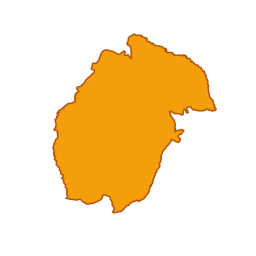 Kazumba, Kasaï-Occidental, Democratic Republic of the Congo (Albers equal-area conic projection), rotated 207°
{"feature_id": "63176286B97272919542005", "entity_name": "Kazumba", "entity_type": "district", "adm_level": 2, "iso_a3": "COD", "parent_name": "Democratic Republic of the Congo", "parent_adm1": "Kasaï-Occidental", "projection": "albers", "projection_center": [21.968, -6.401], "detail": "fine", "context": "isolated", "style": "filled", "palette": "amber", "viewbox_px": 256, "rotation_deg": 207, "n_neighbors": 0, "source": "geoboundaries", "source_scale": "gbopen_adm2", "svg_char_len": 5800}
<svg xmlns="http://www.w3.org/2000/svg" viewBox="0 0 256 256"><g transform="rotate(207 128 128)"><path d="M129.7,41.7L125.5,44.7L123.4,46.7L119.7,51.8L119.2,53.7L119.7,55.5L119.5,56.7L119.7,57.5L117.6,58.0L113.5,58.3L112.4,58.1L111.2,56.4L108.3,54.6L107.8,53.3L107.4,53.0L106.8,51.7L104.8,51.0L103.9,50.2L103.3,48.8L103.7,47.2L103.2,46.9L103.1,45.9L102.2,46.0L101.4,46.5L99.0,48.5L98.4,49.4L96.3,50.3L95.3,52.7L93.9,57.8L93.4,58.6L92.1,59.8L91.9,62.2L91.1,62.9L89.9,64.9L88.5,65.9L87.4,67.6L86.4,67.8L85.9,67.3L85.5,67.3L85.2,68.2L83.9,68.9L83.2,70.5L82.4,71.3L81.9,72.6L81.4,73.0L81.3,75.9L80.2,80.2L80.9,81.5L80.8,82.2L81.5,84.7L81.4,85.5L81.7,86.1L81.0,86.8L81.1,87.1L81.7,87.1L82.0,87.4L80.9,89.6L81.5,90.7L82.2,93.9L82.5,98.9L83.3,100.2L82.3,101.4L82.4,101.9L83.0,102.4L83.3,103.7L82.7,105.1L82.2,108.0L82.3,108.6L83.2,109.3L83.1,110.0L83.9,110.4L84.1,111.0L83.6,112.8L84.2,113.6L84.1,114.9L84.8,115.8L84.7,116.2L85.4,116.7L85.5,117.7L85.9,118.1L86.1,120.0L85.9,120.5L86.4,122.3L86.2,124.4L85.7,126.4L85.8,126.7L85.2,127.2L85.5,128.6L85.1,129.2L85.2,129.7L84.5,130.6L84.7,131.2L84.1,132.7L84.2,133.5L83.7,134.4L83.8,135.1L83.7,135.8L84.4,137.3L81.6,137.8L78.8,137.6L77.7,137.8L76.4,138.3L76.0,139.0L76.1,141.5L76.7,142.3L79.5,143.2L79.7,144.4L79.5,145.1L78.0,146.5L77.6,147.2L77.7,148.5L77.5,149.4L77.0,150.1L77.1,150.9L78.0,151.2L80.1,150.7L81.8,148.9L83.6,147.5L84.1,146.9L84.2,146.4L84.8,146.0L85.1,147.4L85.0,148.0L85.5,148.3L85.4,148.9L86.3,149.7L86.9,150.5L87.3,152.5L88.2,153.6L89.2,154.1L89.6,155.1L90.6,156.0L93.1,156.9L94.0,157.8L95.6,158.2L96.8,160.2L97.2,160.3L97.6,161.1L98.3,161.4L98.1,161.8L97.2,162.4L92.6,162.1L89.7,163.7L87.3,164.2L85.9,164.0L85.4,164.3L85.2,165.6L85.6,166.9L86.4,168.2L86.5,169.1L86.3,170.3L86.0,170.6L82.8,168.3L81.6,168.5L81.4,169.1L82.2,170.1L83.7,171.1L84.3,171.9L84.5,172.9L84.2,173.8L83.6,174.5L81.4,175.3L80.4,174.4L78.7,173.8L77.5,174.0L76.8,174.6L76.0,174.6L73.7,175.1L68.9,177.4L68.3,178.2L67.3,178.7L66.6,180.3L66.2,180.7L65.5,180.9L64.3,180.5L63.5,181.3L61.2,181.1L60.7,181.3L60.0,182.3L59.3,182.4L58.3,183.3L58.0,184.6L58.6,185.2L60.0,185.0L60.3,186.6L61.5,187.8L61.9,188.1L62.7,188.0L62.9,188.5L63.6,189.1L64.4,190.7L65.2,191.2L69.3,192.6L70.3,194.3L71.8,195.5L72.4,196.8L73.4,197.8L73.6,198.4L75.0,200.2L75.1,201.3L75.6,202.2L76.2,203.0L76.5,203.0L76.9,203.3L77.4,204.0L77.9,205.7L79.1,206.6L80.0,207.7L82.5,209.6L82.4,210.5L83.5,210.9L84.0,211.4L85.1,211.9L85.7,213.2L86.5,212.6L87.2,212.6L87.8,213.2L90.7,215.0L92.3,214.5L93.1,214.8L93.9,215.5L94.5,215.3L95.2,215.5L95.7,215.1L98.4,215.3L99.1,215.6L99.1,216.1L101.1,216.3L101.6,215.5L102.2,215.7L102.5,216.6L103.8,217.7L104.4,217.8L105.1,217.7L106.2,216.9L106.7,217.3L107.5,217.0L108.0,218.0L108.6,217.5L109.0,218.7L109.4,218.8L109.8,218.3L110.7,218.6L111.0,217.9L111.6,217.8L112.0,218.1L112.3,217.8L112.4,216.8L114.2,216.9L114.9,216.1L116.4,215.9L117.2,215.0L118.8,214.1L119.7,214.4L120.4,214.1L120.9,214.2L121.7,215.0L123.0,215.2L125.9,213.8L126.6,213.2L127.1,213.6L127.4,213.6L128.8,212.9L129.4,213.3L128.9,214.8L129.1,215.3L129.7,215.3L129.9,214.7L130.3,214.5L130.1,215.4L130.2,215.8L130.5,216.0L131.5,215.4L132.8,215.4L133.6,215.8L135.4,215.8L136.6,215.3L137.6,215.2L139.4,214.3L140.1,214.4L141.4,213.8L141.9,214.1L143.2,213.8L143.7,214.8L144.2,214.9L144.5,214.8L144.7,214.1L145.6,213.7L146.2,214.3L148.0,214.7L148.8,214.2L149.1,214.4L149.6,214.1L150.8,214.1L151.2,214.3L151.5,215.6L151.4,216.0L152.6,216.7L153.1,216.0L154.6,216.1L155.5,215.6L156.1,215.7L156.8,216.3L157.1,216.3L157.5,215.6L158.6,216.4L160.3,215.8L160.7,215.3L163.0,214.4L165.2,214.4L165.6,213.7L165.9,213.6L166.3,212.6L167.9,210.5L168.5,208.3L167.4,205.7L167.1,202.6L166.5,201.9L164.9,202.2L164.1,201.8L163.2,201.9L162.3,200.9L161.5,200.5L160.8,198.6L159.7,197.4L159.1,196.5L158.8,195.1L157.2,193.0L157.3,192.6L156.9,191.3L158.1,191.4L158.9,192.2L160.9,193.1L161.7,193.0L162.6,191.6L164.0,191.4L164.5,191.8L164.6,193.9L165.9,194.9L166.5,194.8L168.9,190.1L169.5,189.4L170.1,189.1L175.7,189.5L178.8,188.6L180.7,188.4L183.3,187.4L185.0,185.7L185.8,182.8L185.2,177.7L184.7,175.5L185.5,171.8L186.7,170.5L188.6,169.9L188.7,168.5L187.8,166.7L187.9,164.4L186.8,163.7L184.2,164.1L183.7,163.6L183.4,162.0L184.5,159.8L185.0,157.5L185.4,156.4L186.0,155.6L187.3,151.5L187.7,146.9L188.8,145.4L188.4,144.2L191.9,141.1L191.5,139.6L190.7,139.5L190.1,139.2L189.8,138.7L188.5,138.3L188.9,137.1L189.9,135.9L190.4,134.4L190.1,133.9L189.4,133.6L189.7,133.0L189.6,131.6L188.0,130.3L188.6,129.5L188.4,129.2L186.9,127.8L187.2,127.1L188.6,125.9L188.7,125.1L189.1,124.6L190.5,124.0L191.1,123.3L192.6,122.5L193.1,120.8L194.6,118.1L194.7,117.5L194.4,116.7L195.2,116.4L195.5,115.5L195.3,114.9L197.0,112.9L197.7,111.8L196.5,110.8L197.3,109.5L197.7,110.0L198.0,108.7L197.6,108.5L197.3,108.7L196.0,108.1L196.8,105.8L196.0,105.5L195.9,105.2L196.3,103.2L196.8,102.3L193.6,98.5L192.9,96.4L193.1,93.2L192.8,92.6L192.0,92.6L190.7,93.6L190.2,93.2L189.3,93.1L188.6,92.6L189.0,91.9L187.3,89.7L187.3,89.3L186.7,89.2L186.4,86.3L187.3,84.5L186.5,82.0L186.9,80.8L186.7,79.9L186.1,78.9L186.1,77.0L185.8,76.3L184.9,75.8L184.8,75.1L184.4,74.8L183.4,74.8L183.3,74.7L183.1,72.0L182.0,71.9L181.6,71.5L181.7,69.7L179.5,69.5L179.2,69.1L179.7,68.0L179.5,66.8L178.7,66.6L178.1,66.1L176.8,66.2L175.2,62.7L173.8,62.6L173.0,61.7L172.2,61.7L170.5,60.9L170.0,59.6L168.3,58.5L167.5,57.6L167.3,56.9L165.7,56.4L164.6,56.8L164.0,56.2L163.9,55.3L164.2,54.2L164.2,53.1L163.8,53.0L163.1,53.4L161.9,53.1L161.7,51.5L159.7,49.9L159.7,49.5L158.6,49.4L158.4,49.1L157.7,49.1L157.1,46.9L154.8,46.0L154.7,45.3L154.2,44.8L154.5,44.6L154.4,44.3L154.1,43.9L153.1,43.6L153.1,42.2L152.0,40.7L150.9,40.4L150.7,39.8L151.1,37.2L149.3,38.0L147.7,38.1L141.4,40.4L140.4,41.0L139.0,42.5L138.3,42.8L137.0,42.6L135.1,41.9L130.5,41.5L129.7,41.7Z" fill="#f59e0b" stroke="#b45309" stroke-width="1.5"/></g></svg>